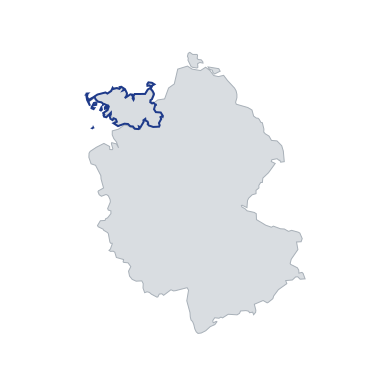 Schleswig-Holstein highlighted on a map of Germany, rotated 331°
{"feature_id": "DEU-1579", "entity_name": "Schleswig-Holstein", "entity_type": "State", "adm_level": 1, "iso_a3": "DEU", "parent_name": "Germany", "parent_adm1": "", "projection": "mercator", "projection_center": [9.834, 54.215], "detail": "medium", "context": "in_parent", "style": "outline", "palette": "blue", "viewbox_px": 384, "rotation_deg": 331, "n_neighbors": 0, "source": "natural_earth", "source_scale": "10m", "svg_char_len": 5406}
<svg xmlns="http://www.w3.org/2000/svg" viewBox="0 0 384 384"><g transform="rotate(331 192 192)"><path d="M171.9,321.3L164.4,316.5L157.7,316.9L156.6,315.4L154.4,315.5L150.9,313.0L147.9,314.5L147.2,315.9L147.4,316.7L150.5,316.9L150.9,317.6L147.8,319.0L142.7,318.6L136.7,320.0L131.7,319.8L128.7,318.6L127.9,316.4L128.1,313.1L129.3,308.8L129.7,305.6L129.1,303.5L129.9,300.5L131.8,296.4L134.7,284.6L141.4,276.2L141.3,273.3L129.7,270.3L127.8,269.5L126.2,267.3L117.1,268.6L116.3,266.4L113.9,265.4L111.3,267.2L110.4,267.0L106.9,261.6L106.0,259.1L104.3,257.5L101.8,257.1L102.6,252.2L104.9,248.5L105.0,245.4L99.9,242.9L97.3,239.4L96.6,235.3L98.1,230.5L102.3,227.6L101.7,222.9L98.2,220.5L97.9,219.7L99.4,217.9L94.1,212.6L95.3,207.2L94.4,205.6L91.9,204.4L91.1,202.8L92.9,202.4L97.1,198.7L97.3,198.1L96.1,197.5L95.9,196.0L98.6,188.0L98.5,186.6L96.2,182.7L96.2,181.4L93.1,176.9L93.1,175.5L97.9,172.7L102.1,174.7L103.6,173.5L105.6,173.7L110.6,171.6L111.9,169.2L110.0,167.2L110.2,165.6L115.8,161.1L116.7,158.9L117.0,154.8L116.3,153.4L115.6,152.5L110.7,151.8L109.5,149.4L109.9,146.2L110.7,145.6L116.6,145.6L118.8,136.4L120.2,133.5L120.6,121.9L117.4,118.4L118.6,111.7L120.8,108.1L122.6,107.1L130.1,106.5L138.5,106.8L142.0,112.2L140.7,115.0L142.7,116.3L143.7,115.9L144.9,110.7L145.7,109.9L149.2,113.3L149.2,117.8L150.2,111.7L149.5,107.5L149.9,103.4L151.9,99.9L158.1,101.4L164.9,100.6L167.4,102.2L173.2,110.1L177.6,111.8L174.2,110.1L167.2,100.5L159.9,98.0L158.2,95.2L158.3,85.4L155.5,83.4L152.5,84.1L152.1,81.9L152.6,80.2L159.3,77.6L159.4,74.9L153.3,65.2L153.1,61.0L158.2,61.2L164.4,63.2L166.0,64.6L173.9,62.8L180.0,65.7L182.9,69.7L183.0,73.3L179.5,77.4L185.5,76.8L187.0,79.8L190.3,78.7L198.5,83.3L204.7,80.9L205.8,84.7L204.6,88.4L200.2,92.4L201.2,94.8L202.6,95.4L206.7,94.9L213.2,97.3L221.9,89.7L228.9,88.9L239.1,77.6L249.1,79.7L251.7,84.6L258.3,89.9L264.4,89.5L266.6,94.5L267.5,100.7L271.1,103.9L276.2,105.3L277.1,111.7L279.6,121.8L279.6,124.9L278.6,128.4L277.0,131.3L273.6,134.7L273.3,136.7L281.8,145.2L284.2,149.4L282.7,155.5L284.1,158.5L285.5,159.5L286.0,161.0L286.0,164.5L287.1,165.5L285.4,171.8L283.8,174.4L284.3,176.6L286.5,180.5L286.5,185.4L291.1,188.5L292.9,195.0L291.7,200.5L287.4,210.2L284.0,208.9L284.2,206.8L283.6,206.7L282.5,204.1L277.5,202.5L276.1,203.8L278.6,207.4L268.3,212.2L260.7,214.2L258.1,217.8L256.7,217.0L253.7,218.6L252.5,220.9L248.8,221.6L247.2,224.5L243.3,223.6L238.5,224.9L236.4,226.4L232.5,232.3L229.4,227.8L228.6,227.8L228.4,229.3L230.3,232.4L231.0,235.1L236.5,240.0L237.7,242.1L235.0,247.4L240.4,256.8L244.4,261.3L246.6,261.3L251.6,267.1L254.8,269.1L257.3,273.2L260.5,273.8L265.4,278.6L266.4,280.2L265.8,286.2L263.3,288.4L259.2,286.4L256.7,293.7L246.2,298.9L243.2,302.1L243.2,303.2L247.4,309.3L247.5,312.0L246.2,314.8L249.2,315.6L249.7,317.0L248.8,322.8L244.3,320.7L243.4,317.5L241.5,316.5L237.1,317.6L231.0,314.9L230.5,318.1L220.2,319.3L213.1,322.5L211.0,324.5L205.3,325.5L204.0,325.4L201.6,321.4L192.1,320.4L190.5,326.4L189.3,328.1L186.4,329.2L186.8,326.5L183.8,325.5L183.7,323.7L181.7,321.9L176.8,319.6L174.7,321.2L171.9,321.3ZM264.1,80.8L264.6,83.3L264.1,84.6L261.6,82.5L259.1,82.5L257.6,85.8L256.5,86.0L252.7,83.0L252.0,81.5L252.4,74.7L253.6,73.2L253.8,71.1L255.9,68.9L257.8,68.8L259.3,72.0L263.0,74.1L263.2,75.0L261.3,77.7L261.7,79.2L264.1,80.8ZM275.2,97.1L275.2,100.0L268.9,99.7L268.3,97.5L268.8,95.3L266.7,93.0L266.7,90.4L275.2,97.1ZM146.0,63.1L144.6,66.2L144.8,60.8L147.2,55.0L148.3,55.1L146.9,57.8L146.7,61.1L152.2,61.4L151.5,62.4L146.0,63.1ZM210.6,79.5L207.3,79.5L204.7,77.6L206.3,75.1L209.6,76.3L210.6,79.5ZM151.3,68.3L150.4,69.2L147.1,68.2L149.5,66.4L150.9,66.9L151.3,68.3Z" fill="#d9dde1" stroke="#a8b0b8" stroke-width="1"/><path d="M156.5,60.9L164.6,63.0L165.7,64.9L170.3,64.5L173.1,62.4L173.2,63.8L176.5,64.6L178.5,66.6L180.1,66.1L180.0,65.3L181.2,65.7L182.8,68.7L180.8,69.7L183.2,70.0L183.0,74.1L181.6,76.1L178.8,77.3L185.5,76.7L186.9,77.8L186.4,78.3L186.6,80.3L185.5,81.2L185.5,83.0L186.3,82.4L187.3,79.6L189.4,78.5L198.5,83.5L203.0,80.9L207.4,80.7L205.9,81.7L206.5,84.5L206.4,87.4L205.9,88.3L202.0,91.4L200.1,91.6L199.0,93.3L200.0,95.2L201.7,95.4L202.4,98.0L203.6,98.5L201.9,98.2L198.9,101.2L199.1,104.6L203.2,107.3L203.4,111.4L202.8,112.0L202.4,111.2L200.7,111.2L200.5,113.2L196.5,115.7L196.1,117.9L194.9,118.9L189.6,116.3L186.5,112.9L186.2,111.1L187.0,110.7L187.3,108.9L186.0,107.0L186.6,105.4L184.3,105.7L183.7,107.2L178.3,110.4L177.3,109.0L176.7,111.1L175.6,111.0L172.5,108.8L172.1,106.0L169.9,104.6L169.0,101.5L166.0,99.5L159.2,98.5L156.7,93.8L160.3,94.1L160.7,91.5L159.3,89.6L157.3,90.5L156.2,88.4L156.8,85.6L158.6,84.9L159.5,83.3L153.3,85.1L151.6,83.5L151.8,82.1L153.6,81.7L152.3,81.4L152.6,79.9L157.8,79.5L160.6,77.0L160.6,76.1L157.9,72.5L156.5,72.6L157.1,71.8L156.3,69.7L153.5,67.4L152.6,64.2L152.9,61.2L156.5,60.9ZM210.0,77.2L211.3,79.6L206.9,79.6L206.6,78.2L204.5,77.5L205.1,76.0L207.1,75.0L210.0,77.2ZM146.3,57.8L146.1,60.6L146.9,61.3L152.7,61.3L145.1,62.4L144.6,67.1L144.9,60.6L146.5,55.9L147.5,54.8L148.5,55.3L147.0,55.6L147.8,56.1L146.3,57.8ZM149.3,66.6L151.0,67.0L151.4,67.9L150.5,69.3L147.0,68.2L149.3,66.6ZM159.5,75.5L157.9,77.5L156.2,77.0L156.9,75.6L159.5,75.5ZM151.4,75.8L153.7,74.1L153.7,74.5L153.1,76.3L151.9,76.6L151.4,75.8ZM145.6,69.0L146.7,71.1L147.1,71.3L146.1,71.8L144.7,70.0L146.2,68.2L145.6,69.0ZM136.0,87.9L136.1,88.5L135.7,87.9L136.0,87.9ZM136.5,88.2L136.8,87.9L136.8,88.1L136.5,88.2Z" fill="none" stroke="#1e3a8a" stroke-width="2"/></g></svg>